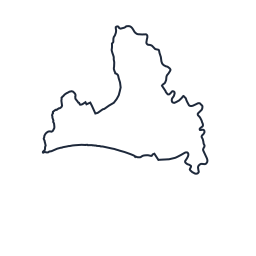 Vung Tau, Bà Rịa - Vũng Tàu, Vietnam (Albers equal-area conic projection), rotated 46°
{"feature_id": "81297802B39135443664879", "entity_name": "Vung Tau", "entity_type": "district", "adm_level": 2, "iso_a3": "VNM", "parent_name": "Vietnam", "parent_adm1": "Bà Rịa - Vũng Tàu", "projection": "albers", "projection_center": [107.117, 10.402], "detail": "fine", "context": "isolated", "style": "outline", "palette": "slate", "viewbox_px": 256, "rotation_deg": 46, "n_neighbors": 0, "source": "geoboundaries", "source_scale": "gbopen_adm2", "svg_char_len": 5662}
<svg xmlns="http://www.w3.org/2000/svg" viewBox="0 0 256 256"><g transform="rotate(46 128 128)"><path d="M115.6,57.0L114.9,56.7L114.1,56.6L111.8,56.9L110.6,57.4L110.0,57.9L109.0,58.2L108.2,58.5L107.2,58.7L106.1,58.7L105.3,58.6L103.3,57.7L99.8,55.1L95.9,53.2L94.2,52.1L93.3,51.7L93.0,51.7L91.9,52.4L91.2,52.9L90.1,53.6L85.5,53.6L84.6,53.9L84.1,54.2L83.5,54.5L82.0,55.8L81.1,56.0L80.1,55.9L79.5,55.6L79.1,55.2L78.7,54.7L78.3,54.1L77.5,53.1L76.3,51.2L75.5,50.4L75.0,50.0L74.3,49.8L73.7,49.8L73.3,49.9L72.9,50.2L72.4,50.8L71.9,51.4L71.4,51.9L70.5,52.9L68.3,54.9L67.7,55.5L67.1,55.9L66.3,56.3L64.5,56.6L63.1,56.5L60.7,55.9L59.0,55.6L57.8,55.6L56.7,55.8L55.9,56.2L55.1,56.8L54.0,58.1L53.6,58.7L53.6,59.8L53.2,61.1L51.5,64.1L51.1,64.5L49.9,64.9L48.8,64.6L48.4,64.6L47.8,64.8L47.3,65.4L47.0,66.1L47.0,66.5L47.0,66.8L48.0,67.7L49.6,68.8L50.7,70.1L51.1,70.7L52.3,73.1L52.7,75.0L53.2,75.8L53.4,76.2L54.5,77.4L55.3,78.2L55.8,78.7L56.0,79.1L56.1,80.0L56.1,80.8L56.2,81.0L56.5,81.2L58.5,83.1L59.3,84.0L60.3,85.3L61.0,85.9L63.2,87.1L65.6,88.2L67.1,89.0L67.9,89.8L69.0,90.8L71.0,92.1L72.1,93.2L74.3,95.5L75.0,96.5L75.9,97.3L78.1,98.4L79.0,98.6L79.5,98.9L79.6,99.1L79.8,99.2L80.0,99.1L80.6,98.8L81.1,98.6L81.7,98.5L82.9,98.5L83.8,98.9L85.7,100.1L89.7,102.1L93.7,105.1L95.8,108.3L98.0,111.9L99.3,116.0L100.0,120.7L98.7,126.0L97.8,131.8L97.0,133.2L96.1,139.1L95.9,139.6L94.9,141.4L86.8,138.5L83.5,137.5L82.1,141.4L79.9,140.7L79.2,144.3L78.5,145.7L78.0,146.2L77.8,146.3L77.3,146.2L76.7,145.9L75.9,145.7L75.6,145.8L75.3,146.1L73.4,145.8L72.1,145.7L70.5,145.5L69.7,145.0L69.2,144.4L68.7,144.1L68.5,143.5L67.6,142.7L66.6,142.3L65.2,142.2L63.6,142.3L62.4,143.0L61.2,144.9L60.6,147.3L60.3,147.9L59.9,150.4L59.9,150.6L60.1,152.5L59.9,153.2L60.1,153.9L60.0,154.3L60.0,154.7L61.1,155.7L62.1,157.0L66.1,159.9L66.4,160.5L66.6,161.0L66.6,162.5L66.3,163.5L65.8,164.1L65.7,164.6L65.6,165.3L65.4,165.8L65.5,166.5L65.4,166.8L65.1,167.0L64.7,167.3L64.6,167.5L64.3,169.9L64.2,170.7L64.5,171.2L65.1,171.5L65.3,171.7L65.4,172.4L66.0,173.7L67.2,174.4L68.1,175.2L68.3,175.3L70.8,176.5L71.5,177.4L71.7,177.6L72.9,177.9L73.7,178.3L76.2,180.3L76.8,181.1L77.1,181.6L77.1,181.9L77.6,183.3L77.8,183.9L77.8,184.7L77.4,185.7L77.2,185.8L76.2,186.5L75.5,187.3L75.1,188.1L74.8,189.7L74.8,191.0L75.0,192.0L75.5,193.5L75.9,194.1L76.4,194.6L76.7,195.2L76.9,195.7L77.2,196.1L77.6,196.3L78.8,196.7L79.5,197.0L79.8,197.2L80.0,197.5L80.7,197.8L83.4,199.4L83.6,199.8L83.9,200.5L84.3,201.1L85.0,201.8L85.9,202.9L86.0,203.3L86.0,205.2L86.0,205.6L86.2,206.0L86.4,206.1L86.6,206.2L86.8,206.2L87.1,205.6L87.2,204.9L87.3,204.6L88.1,204.1L88.8,203.7L89.7,202.8L90.0,202.4L90.1,202.1L90.1,201.5L90.6,200.3L90.9,200.1L91.5,199.2L93.7,193.3L95.7,189.7L96.1,189.4L96.2,189.2L96.4,188.6L96.7,188.0L98.5,185.3L100.0,182.9L100.4,182.6L102.0,180.1L103.5,178.2L107.9,173.0L110.8,170.3L110.9,169.9L111.6,169.3L111.8,169.0L112.0,168.8L112.5,168.8L113.5,167.7L115.4,165.7L115.9,165.5L116.3,165.2L116.7,164.6L117.4,164.2L117.7,164.0L118.3,163.2L118.6,163.1L119.0,163.0L119.8,162.3L120.3,161.9L120.7,161.5L121.4,160.8L121.6,160.7L121.9,160.7L122.1,160.6L123.8,159.0L131.6,153.8L133.6,152.4L135.5,151.4L137.2,150.4L138.2,149.9L142.8,147.2L145.8,145.7L149.1,144.1L151.4,143.1L152.7,142.7L153.2,142.8L153.5,142.9L153.8,142.9L153.8,142.7L153.6,142.5L153.7,142.4L155.4,141.6L155.8,141.3L157.4,139.7L157.7,139.2L158.1,137.1L158.3,136.6L158.5,136.2L159.0,135.4L159.7,134.5L160.9,133.1L161.8,132.3L163.8,131.0L164.2,130.7L164.4,130.4L164.5,130.2L164.4,129.8L164.2,128.7L164.2,128.4L164.3,128.1L164.8,126.9L172.1,128.3L172.4,127.8L179.0,120.2L181.8,115.5L182.3,114.6L183.1,112.3L184.2,108.6L185.3,104.2L185.7,103.4L186.5,102.5L187.1,102.3L187.7,102.3L188.5,102.6L189.3,103.3L190.0,104.4L190.6,106.0L191.0,107.5L191.4,109.5L191.7,110.1L192.1,110.5L192.7,110.7L193.6,110.7L195.3,110.4L197.0,109.5L198.6,109.1L199.1,109.1L199.5,109.4L199.8,109.9L200.3,111.4L200.7,112.3L201.3,112.5L202.0,112.6L203.3,112.5L204.6,112.4L205.5,112.0L206.7,111.7L207.6,111.3L208.6,110.3L209.0,109.4L209.0,108.8L208.9,108.0L208.7,107.6L208.5,107.4L207.0,106.5L206.2,105.9L205.2,105.2L204.8,104.8L204.4,104.1L204.1,103.2L204.2,101.4L204.5,100.5L205.1,99.8L206.4,98.7L207.4,97.8L207.8,96.9L207.8,96.2L207.7,95.5L207.4,94.5L206.6,93.5L205.6,92.8L204.3,92.2L200.5,90.9L196.7,89.6L195.9,89.2L195.4,88.6L194.7,86.9L194.6,86.2L194.1,85.5L193.7,85.1L193.2,84.9L192.4,84.7L191.4,84.2L190.2,83.3L188.5,82.3L187.7,81.9L185.9,81.4L185.4,81.1L185.1,80.7L184.8,79.9L184.8,78.8L184.8,78.1L184.5,76.9L184.3,76.2L183.9,75.7L183.4,75.3L182.9,75.0L182.3,74.9L181.8,75.0L181.1,75.5L179.9,77.2L179.4,77.6L179.0,77.5L178.5,77.1L178.3,76.2L178.6,73.3L178.5,72.8L178.1,72.2L177.4,71.6L176.7,71.2L175.3,70.7L173.8,69.9L170.5,68.9L169.4,68.8L167.5,68.8L167.0,68.6L166.6,68.3L166.3,68.0L166.1,67.3L166.1,62.6L165.9,61.9L165.6,61.2L165.3,60.7L164.8,60.1L164.1,59.4L163.4,59.1L161.5,59.2L160.6,59.1L160.2,59.2L159.8,59.4L159.4,59.8L159.0,60.2L158.7,60.8L158.2,62.4L157.7,63.9L157.0,65.9L156.4,66.9L155.6,67.7L154.8,68.2L154.4,68.3L153.8,68.3L150.3,67.3L148.6,66.7L146.8,65.8L143.6,65.8L143.4,66.2L143.5,67.2L143.7,68.4L143.7,69.5L143.7,72.0L143.1,74.3L142.6,75.9L142.1,77.2L141.6,77.6L140.6,78.1L139.9,78.1L139.0,77.7L138.7,77.5L138.2,77.0L137.8,76.5L137.4,75.8L136.9,73.1L136.7,72.5L136.2,71.6L135.4,70.3L134.5,69.7L133.6,69.7L133.0,70.0L132.5,70.4L132.3,70.9L132.4,71.9L132.5,73.3L132.5,74.1L132.4,75.0L132.1,75.4L131.6,75.9L131.0,76.0L129.5,75.9L128.1,75.7L127.4,75.3L125.1,74.9L121.2,74.2L120.9,73.0L121.1,71.6L121.2,70.6L121.1,69.8L120.1,67.5L119.7,66.9L118.7,65.8L117.6,64.4L117.1,63.1L116.9,61.0L116.5,59.4L116.3,58.5L116.0,57.6L115.6,57.0Z" fill="none" stroke="#1e293b" stroke-width="2"/></g></svg>